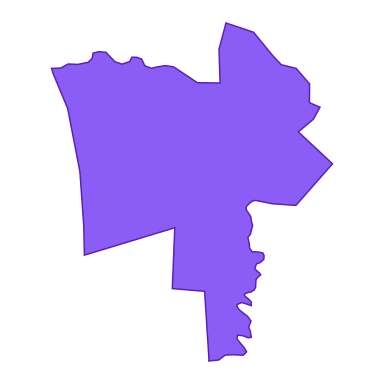 the district of Rosario, Colonia, Uruguay
{"feature_id": "84410073B61411405637376", "entity_name": "Rosario", "entity_type": "district", "adm_level": 2, "iso_a3": "URY", "parent_name": "Uruguay", "parent_adm1": "Colonia", "projection": "orthographic", "projection_center": [-57.344, -34.328], "detail": "fine", "context": "isolated", "style": "filled", "palette": "violet", "viewbox_px": 384, "rotation_deg": 0, "n_neighbors": 0, "source": "geoboundaries", "source_scale": "gbopen_adm2", "svg_char_len": 1396}
<svg xmlns="http://www.w3.org/2000/svg" viewBox="0 0 384 384"><path d="M295.9,205.4L308.9,190.6L332.5,163.8L298.3,131.9L313.5,119.1L320.0,107.2L316.0,105.5L309.4,102.6L309.6,83.9L296.1,68.4L281.2,64.7L272.0,54.8L253.6,32.3L226.0,23.0L219.0,49.3L220.1,83.0L197.3,82.7L173.7,66.9L165.1,65.6L156.8,67.0L151.5,68.3L144.8,65.8L141.6,59.0L136.8,57.3L131.9,57.2L129.7,61.6L122.0,64.1L114.9,61.7L105.9,52.3L98.9,51.7L93.1,53.1L92.2,58.3L88.1,62.3L77.8,64.4L68.1,64.0L60.9,68.0L51.5,68.4L53.4,74.2L67.7,108.6L79.9,171.6L83.8,226.1L84.4,255.1L88.2,254.0L174.8,227.7L172.3,288.6L204.6,291.3L209.0,359.6L209.0,359.9L208.8,361.0L218.7,360.0L225.0,355.2L232.0,354.7L243.3,355.2L246.6,351.8L244.2,347.7L239.9,342.6L237.0,339.0L237.5,335.2L242.5,335.6L248.3,337.8L251.3,337.3L250.4,331.6L248.7,327.1L251.0,321.1L247.6,316.3L240.1,310.6L237.5,307.6L236.9,304.6L241.7,302.5L248.6,304.7L251.3,305.6L251.2,302.0L248.9,299.4L246.1,297.1L244.4,295.4L244.7,293.7L248.0,292.6L250.8,292.0L254.3,289.9L255.6,287.2L256.0,279.6L258.4,276.6L260.7,275.0L259.5,273.0L257.1,271.1L254.8,268.7L256.4,264.0L260.3,262.5L263.8,259.3L264.1,255.6L262.7,252.9L258.2,252.0L254.3,251.8L252.1,251.8L249.6,248.1L249.4,244.8L248.9,241.9L247.9,237.5L250.4,234.1L252.6,225.7L251.2,220.5L250.8,216.7L246.2,209.6L246.2,206.7L249.8,203.0L252.6,201.0L255.7,200.4L272.1,203.7L295.9,205.4Z" fill="#8b5cf6" stroke="#5b21b6" stroke-width="1.5"/></svg>